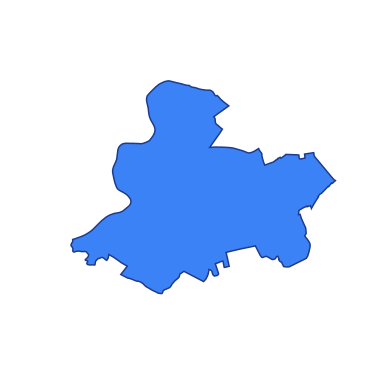 the district of Thu Dau Mot, Bình Dương, Vietnam, rotated 63°
{"feature_id": "81297802B23780781410203", "entity_name": "Thu Dau Mot", "entity_type": "district", "adm_level": 2, "iso_a3": "VNM", "parent_name": "Vietnam", "parent_adm1": "Bình Dương", "projection": "orthographic", "projection_center": [106.667, 11.014], "detail": "fine", "context": "isolated", "style": "filled", "palette": "blue", "viewbox_px": 384, "rotation_deg": 63, "n_neighbors": 0, "source": "geoboundaries", "source_scale": "gbopen_adm2", "svg_char_len": 5161}
<svg xmlns="http://www.w3.org/2000/svg" viewBox="0 0 384 384"><g transform="rotate(63 192 192)"><path d="M95.7,146.2L95.6,146.4L95.0,147.5L93.9,149.0L90.9,152.2L87.4,156.4L83.1,161.3L82.2,162.7L81.6,164.6L81.2,166.5L81.0,171.3L81.2,173.2L81.9,176.5L84.1,183.5L85.0,185.9L86.0,188.2L86.3,188.5L87.7,189.8L89.5,190.8L90.7,191.2L91.8,191.5L92.3,191.7L94.1,192.1L97.2,192.9L102.0,194.7L105.1,195.6L107.9,196.0L109.8,196.0L114.8,195.8L115.8,195.8L117.0,196.0L118.2,196.1L119.7,196.7L120.9,197.4L121.9,198.2L123.0,199.6L124.1,200.9L125.2,203.0L126.7,206.2L127.0,207.8L126.8,211.2L126.5,213.4L126.4,213.9L125.6,216.0L124.6,217.6L122.1,222.1L120.4,225.4L119.2,227.5L119.0,228.0L118.3,229.4L117.7,231.4L117.6,232.4L117.7,233.1L118.0,235.0L119.1,237.1L120.8,238.9L123.6,240.8L128.7,244.3L131.6,247.6L133.7,250.3L135.4,251.9L136.9,253.0L138.5,253.8L138.8,253.9L143.1,255.1L144.4,255.5L148.8,256.5L152.8,257.0L155.2,257.0L157.3,256.1L160.8,253.7L162.4,252.6L165.1,251.2L167.2,250.6L170.2,250.1L171.5,250.3L172.9,250.7L173.7,251.4L174.8,252.4L175.8,254.4L177.0,259.6L177.6,262.4L177.5,264.4L177.4,265.4L177.4,265.6L176.9,267.6L175.8,270.9L175.2,275.5L175.2,277.0L175.4,280.1L176.6,285.7L178.1,290.4L180.4,297.5L180.9,299.7L181.2,301.5L181.5,304.3L181.6,307.0L181.4,311.0L180.4,318.7L180.1,319.9L181.8,320.6L182.4,321.3L182.8,322.2L183.4,322.9L184.4,324.0L185.2,324.1L186.6,323.8L188.3,323.8L189.4,324.3L190.3,325.0L191.1,325.0L191.8,324.6L192.2,323.2L192.5,321.3L193.2,319.7L194.8,317.7L196.2,315.0L196.8,313.7L197.5,313.3L200.7,312.6L201.2,312.7L202.2,313.5L203.0,315.0L203.6,317.0L203.9,317.9L204.4,318.0L205.4,317.0L205.9,316.4L206.4,316.4L206.7,316.6L207.3,317.4L207.8,318.1L208.5,318.2L209.0,318.1L209.5,317.6L210.2,316.8L211.3,314.7L212.0,313.2L212.9,311.8L212.8,311.5L210.4,309.8L209.7,308.9L209.4,308.1L209.1,307.1L208.7,306.3L209.1,304.9L209.2,302.4L209.4,301.9L209.9,301.3L210.8,300.7L213.2,299.7L214.2,299.0L212.9,296.7L209.9,294.5L214.8,291.3L219.5,288.8L222.9,287.1L228.7,283.3L233.2,292.9L236.1,290.8L239.2,288.6L241.2,286.3L243.2,284.5L246.1,282.0L246.5,281.4L247.4,280.1L248.7,278.8L251.1,277.4L255.1,276.1L258.0,274.2L261.8,271.8L263.9,270.1L265.3,269.1L265.8,268.6L266.3,268.5L266.7,268.1L268.1,266.3L268.8,264.8L268.6,264.3L267.9,263.5L267.0,262.7L266.7,261.8L266.7,260.2L266.9,257.6L267.0,255.5L266.5,253.9L265.1,251.8L263.5,248.0L262.9,245.6L262.7,244.4L262.1,242.5L261.6,241.8L259.7,240.1L259.0,235.2L277.1,222.3L275.9,219.2L274.2,216.8L272.4,214.8L269.8,212.8L268.7,212.2L269.4,211.3L270.1,210.8L270.5,210.6L271.4,210.3L272.0,210.3L273.3,210.7L273.8,210.8L274.4,210.8L275.9,210.8L277.0,210.2L277.8,207.7L277.6,206.3L277.1,205.6L276.4,205.3L266.5,203.8L266.8,201.5L267.0,200.4L267.1,197.9L267.4,196.6L267.6,195.8L273.7,197.5L274.0,197.2L275.1,192.6L261.3,189.0L261.7,187.2L264.6,175.3L268.8,160.0L279.0,160.0L281.7,159.6L282.4,159.0L282.6,156.6L283.2,154.8L284.5,153.8L288.3,151.4L288.8,150.8L289.1,149.8L289.2,149.2L289.3,148.1L289.0,147.5L288.4,146.8L288.2,146.5L287.9,145.7L288.2,144.7L288.9,144.6L289.3,144.8L289.9,144.9L291.2,144.7L291.5,145.0L291.5,145.3L292.0,145.5L292.7,145.5L293.6,145.1L294.3,144.9L294.9,144.3L295.8,144.1L299.5,144.2L300.0,144.2L301.6,142.0L302.8,139.4L303.0,121.3L303.0,120.2L302.5,119.5L301.8,118.3L301.3,117.8L300.7,117.1L297.9,114.5L294.4,111.7L293.7,111.2L292.3,110.6L291.4,110.4L290.3,110.3L288.8,110.4L286.6,110.7L285.5,110.9L283.0,111.5L282.5,111.6L282.3,111.6L282.2,111.5L282.1,111.3L281.8,110.7L281.1,109.5L280.7,109.1L279.9,108.7L277.1,107.6L275.8,107.1L275.0,107.0L272.7,106.9L269.9,106.8L268.5,106.7L267.2,106.6L265.5,106.6L264.4,106.4L261.9,106.0L261.0,105.8L260.9,106.2L260.7,106.9L260.5,107.4L256.9,104.9L256.6,100.5L256.7,98.3L256.7,96.2L257.4,96.2L257.5,96.0L257.5,94.9L257.9,92.8L258.3,92.7L258.7,92.8L259.2,92.9L260.5,93.0L260.9,93.1L258.5,89.5L255.1,84.0L253.8,81.5L253.6,81.4L253.3,81.4L253.1,81.5L252.1,79.4L251.9,77.0L251.7,76.5L250.7,73.5L249.2,69.3L248.8,68.4L248.8,68.2L249.1,68.1L249.3,68.0L249.3,67.8L247.9,64.8L247.4,63.7L247.7,63.6L247.9,63.5L247.9,63.4L247.9,62.3L247.4,61.1L247.3,60.3L247.0,59.0L246.5,59.2L246.0,59.7L245.5,59.9L242.4,60.7L220.9,65.6L215.6,66.8L212.2,65.7L209.3,74.5L213.1,75.9L211.9,80.2L211.7,80.6L211.1,81.1L210.5,81.2L207.6,80.0L207.2,80.5L204.5,85.2L201.3,91.0L201.1,91.3L201.2,91.5L202.0,95.0L202.2,97.5L201.1,97.7L201.1,100.0L201.1,100.7L201.7,101.0L201.6,102.2L201.7,103.4L201.9,103.4L202.2,105.9L201.7,109.9L201.1,115.0L198.2,114.7L196.3,114.4L194.0,113.9L191.5,113.3L190.8,113.1L190.0,112.5L189.1,112.4L188.5,112.5L185.6,113.0L183.5,112.9L184.0,118.3L183.7,121.6L183.2,123.2L182.5,124.4L178.2,128.2L171.5,135.4L169.0,139.1L165.8,144.7L162.1,151.7L160.3,156.0L152.1,140.3L149.8,136.4L147.8,137.3L144.3,138.7L142.3,139.7L141.4,139.6L140.4,139.5L139.6,139.2L137.6,138.3L136.8,138.2L135.7,138.2L134.9,138.5L134.0,133.5L132.0,120.1L126.0,122.9L122.6,124.3L118.9,125.2L117.4,125.8L117.4,126.4L117.3,126.9L116.8,127.4L115.8,127.7L113.0,127.8L111.7,128.2L110.4,128.9L109.7,129.6L109.4,129.9L109.1,130.3L108.6,131.4L107.7,133.1L105.4,136.4L103.6,138.7L101.8,140.4L100.3,142.0L98.6,144.3L97.8,145.1L95.7,146.2Z" fill="#3b82f6" stroke="#1e3a8a" stroke-width="1.5"/></g></svg>